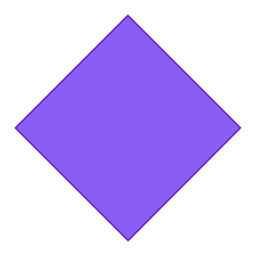 the district of Moore, Texas, United States of America, rotated 45°
{"feature_id": "52423323B17136176847480", "entity_name": "Moore", "entity_type": "district", "adm_level": 2, "iso_a3": "USA", "parent_name": "United States of America", "parent_adm1": "Texas", "projection": "natural_earth1", "projection_center": [-101.931, 35.838], "detail": "fine", "context": "isolated", "style": "filled", "palette": "violet", "viewbox_px": 256, "rotation_deg": 45, "n_neighbors": 0, "source": "geoboundaries", "source_scale": "gbopen_adm2", "svg_char_len": 248}
<svg xmlns="http://www.w3.org/2000/svg" viewBox="0 0 256 256"><g transform="rotate(45 128 128)"><path d="M48.3,207.6L207.7,207.5L207.7,206.1L207.4,48.4L48.3,48.5L48.3,204.8L48.3,207.6Z" fill="#8b5cf6" stroke="#5b21b6" stroke-width="1.5"/></g></svg>